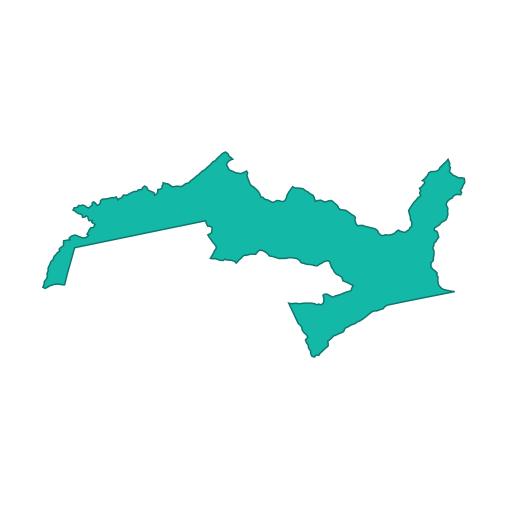 the district of Pilar de Goiás, Goiás, Brazil, rotated 264°
{"feature_id": "56859067B30351228728682", "entity_name": "Pilar de Goiás", "entity_type": "district", "adm_level": 2, "iso_a3": "BRA", "parent_name": "Brazil", "parent_adm1": "Goiás", "projection": "robinson", "projection_center": [-49.514, -14.535], "detail": "fine", "context": "isolated", "style": "filled", "palette": "teal", "viewbox_px": 512, "rotation_deg": 264, "n_neighbors": 0, "source": "geoboundaries", "source_scale": "gbopen_adm2", "svg_char_len": 6090}
<svg xmlns="http://www.w3.org/2000/svg" viewBox="0 0 512 512"><g transform="rotate(264 256 256)"><path d="M247.3,40.7L245.8,42.9L246.6,45.0L247.8,47.5L248.9,52.6L248.8,56.0L248.3,58.2L247.6,60.4L247.3,62.6L258.0,66.5L283.2,76.5L292.3,168.4L296.3,209.5L294.5,209.8L292.5,210.4L290.7,211.1L290.5,213.1L288.8,215.4L287.1,215.1L285.3,214.5L283.7,214.3L282.0,210.3L279.9,211.3L273.7,214.8L271.2,216.6L269.3,217.5L267.4,217.0L265.3,215.1L262.7,213.6L260.2,211.7L258.4,210.4L257.8,212.3L257.7,214.7L256.9,217.0L255.4,220.0L255.0,222.9L256.1,224.9L255.0,226.6L254.8,228.6L254.2,231.4L253.0,234.2L251.0,235.5L252.4,237.3L254.0,238.7L255.2,240.9L256.6,242.2L257.8,243.9L257.8,246.9L258.4,251.0L258.1,253.9L257.7,255.8L259.7,257.6L261.4,260.1L260.6,263.6L258.1,266.8L256.3,268.3L254.7,269.2L253.8,272.4L252.4,275.7L251.0,278.8L250.8,282.1L250.5,285.7L250.9,289.4L250.2,292.8L249.1,296.6L247.1,298.8L244.6,300.2L243.5,303.3L242.4,305.6L242.0,308.3L241.4,311.0L240.5,312.8L239.8,315.8L241.4,318.7L241.9,320.6L243.1,322.5L243.8,326.4L243.0,328.4L239.4,329.4L236.6,330.0L234.6,331.3L232.5,332.0L230.8,333.0L229.4,334.1L228.0,336.6L226.0,339.1L222.2,339.9L220.5,343.3L219.1,345.5L217.5,347.7L216.6,349.6L214.0,347.9L211.8,347.0L211.1,345.1L210.9,343.2L210.3,340.5L208.9,336.1L208.0,330.7L207.0,327.9L209.2,324.8L210.6,322.7L210.9,320.4L210.0,318.5L208.3,318.8L206.4,319.0L204.1,318.8L201.7,317.7L200.7,315.3L201.6,313.5L201.2,311.1L202.4,309.4L203.3,306.3L203.9,300.9L204.1,296.1L203.9,294.0L204.6,291.9L204.9,289.2L204.8,286.5L205.7,283.6L184.4,291.0L181.6,293.5L179.5,294.2L177.8,294.1L176.3,294.9L174.5,295.9L172.3,298.1L169.7,299.0L167.4,296.4L164.3,297.2L162.1,298.6L159.1,298.6L155.7,300.3L153.2,300.2L150.4,301.2L149.4,303.5L151.1,305.4L150.8,308.2L152.7,309.7L154.2,311.8L156.1,314.1L157.6,316.5L159.1,318.4L161.8,318.6L163.9,318.5L164.7,320.2L166.3,322.4L168.4,324.8L169.2,327.9L170.0,330.1L170.8,333.1L171.6,335.1L173.2,336.1L174.9,337.0L176.0,340.4L177.2,342.6L177.8,344.8L178.6,347.9L179.9,349.9L180.6,352.5L182.2,355.8L184.3,359.1L188.2,365.1L189.0,367.3L188.8,370.3L189.4,372.8L189.9,374.8L190.2,376.8L192.0,378.6L193.3,380.8L195.0,397.5L195.3,400.3L199.8,449.9L200.6,446.6L201.9,442.3L203.3,438.7L204.6,437.0L206.6,435.5L208.4,434.5L212.3,434.2L216.1,434.8L218.5,433.7L220.1,434.4L222.6,432.5L224.2,430.5L227.0,428.9L230.7,429.3L232.9,431.7L236.6,432.5L238.7,433.1L240.5,433.4L243.3,433.4L245.5,432.5L247.7,433.9L250.1,434.4L251.7,436.6L253.2,437.5L255.5,439.7L258.1,439.2L260.4,439.0L261.9,438.1L262.7,436.0L265.3,436.5L266.8,439.7L267.9,441.9L269.8,443.5L271.0,446.1L271.8,448.3L273.8,449.8L277.4,451.2L280.5,451.2L283.3,451.8L286.8,450.5L288.9,451.0L291.1,453.0L292.4,455.0L292.9,456.9L295.1,458.8L295.9,460.5L296.2,462.5L295.5,466.0L297.7,467.1L299.9,466.1L302.5,468.3L305.0,469.5L307.0,471.2L309.4,471.3L311.3,471.3L312.2,469.1L312.6,465.6L314.1,463.4L315.8,460.4L319.6,457.2L323.8,458.6L325.9,457.6L327.5,458.4L329.4,457.9L332.1,457.1L330.4,455.5L327.7,451.9L326.3,450.3L325.0,448.4L323.0,447.1L321.8,445.4L321.3,442.5L321.7,439.1L320.7,436.5L318.4,435.2L315.4,432.0L313.6,429.3L312.7,431.2L310.7,431.4L309.1,429.4L307.3,427.8L306.3,425.7L303.4,426.6L301.5,425.3L298.7,426.2L297.0,423.1L294.6,420.8L292.9,418.7L290.9,417.0L288.8,415.2L285.3,412.5L280.9,413.1L279.3,413.5L275.9,413.4L273.3,414.5L271.0,414.1L269.2,414.0L268.2,412.1L266.3,411.2L265.0,408.5L263.9,406.9L264.5,404.5L265.7,401.9L266.9,400.4L266.0,398.5L263.9,395.9L263.1,392.8L262.9,389.5L263.6,387.0L263.0,385.0L263.5,382.5L265.6,380.5L267.7,379.9L269.6,378.6L270.8,376.9L271.8,374.1L274.1,367.6L275.3,365.4L275.5,362.9L275.5,360.3L277.3,358.9L279.3,358.6L281.2,358.0L283.9,358.9L286.0,357.4L287.0,355.7L290.2,352.3L292.1,349.9L292.8,347.0L293.3,344.9L294.9,343.2L296.7,342.7L298.6,341.4L300.1,339.8L302.3,338.0L303.4,336.5L303.3,334.3L302.4,330.1L304.8,326.2L304.7,323.2L304.2,320.7L308.5,319.9L310.3,319.1L312.6,315.9L314.3,314.4L315.4,312.5L318.0,309.8L318.9,306.5L319.6,301.7L321.1,299.7L318.6,297.5L316.3,295.4L313.0,293.1L310.4,292.2L308.4,290.8L307.2,288.8L307.8,286.5L308.7,284.6L309.0,282.4L307.9,280.1L307.5,278.2L310.5,273.5L311.5,270.7L313.7,268.9L314.0,267.1L316.1,266.6L318.5,265.7L320.4,264.8L321.8,263.6L325.1,260.7L326.4,258.7L328.7,257.4L331.3,256.8L334.1,256.0L337.4,255.4L339.5,256.4L341.5,255.5L340.0,251.6L339.6,249.2L341.0,244.3L342.3,242.3L344.5,238.3L349.6,236.3L351.5,236.9L353.3,239.0L354.2,240.9L354.7,243.0L356.8,241.1L358.0,239.6L360.6,238.8L362.6,236.5L361.4,233.2L359.3,230.7L358.2,228.9L356.6,227.1L355.0,225.4L354.3,223.1L352.7,221.3L351.1,219.7L350.2,218.2L348.9,216.4L347.1,214.1L346.0,211.4L344.0,208.8L342.8,207.4L341.7,205.2L340.0,202.9L337.2,198.3L335.7,196.7L335.4,193.8L333.6,190.8L332.8,188.9L333.3,187.0L333.7,184.5L333.6,182.3L333.4,180.4L335.1,178.2L336.7,176.5L337.5,173.7L338.6,171.3L336.9,171.1L335.6,169.9L333.6,169.9L332.5,168.0L332.3,165.3L329.3,164.7L328.0,163.4L327.1,161.5L329.7,161.1L331.2,158.4L332.7,155.6L335.8,154.5L337.2,152.5L335.9,150.5L334.0,149.3L334.1,145.9L332.7,144.6L332.9,141.7L332.1,138.9L330.6,135.3L329.9,133.4L330.5,130.6L329.1,129.4L327.7,128.2L327.5,126.1L326.2,124.5L327.8,123.8L329.4,123.2L328.8,121.1L329.1,119.0L328.7,115.5L328.4,112.4L328.6,109.0L327.2,107.1L324.9,106.7L323.1,104.8L323.4,102.9L325.6,101.7L326.9,99.9L325.6,98.5L323.7,98.6L322.6,96.6L321.2,94.7L322.2,92.7L323.5,91.4L324.8,89.2L324.4,86.9L324.8,84.9L323.0,83.4L322.9,80.2L320.8,78.8L319.7,80.6L318.3,81.9L316.6,84.1L316.0,86.1L314.7,87.4L312.6,87.6L312.6,89.8L313.7,91.4L312.2,93.0L310.2,93.1L308.6,93.6L308.4,97.0L306.7,96.2L305.4,97.6L304.3,99.3L302.7,98.3L301.2,97.1L301.5,94.8L299.9,93.2L297.5,91.8L295.3,90.2L294.2,91.6L292.9,90.4L291.8,87.6L292.3,85.1L293.1,83.5L294.0,81.5L295.1,79.9L295.8,77.7L295.1,74.6L293.4,72.1L291.5,72.7L291.6,70.8L291.2,66.2L286.4,65.6L285.5,63.9L284.6,62.2L283.3,60.9L281.4,61.4L280.0,58.7L278.4,57.3L276.9,55.4L275.3,54.4L273.5,53.8L272.0,51.5L269.2,50.1L266.9,48.6L264.9,47.8L262.9,47.8L260.6,46.4L258.9,46.3L257.0,46.3L254.9,45.0L252.5,42.7L250.5,42.5L248.7,41.7L247.3,40.7Z" fill="#14b8a6" stroke="#0f766e" stroke-width="1.5"/></g></svg>